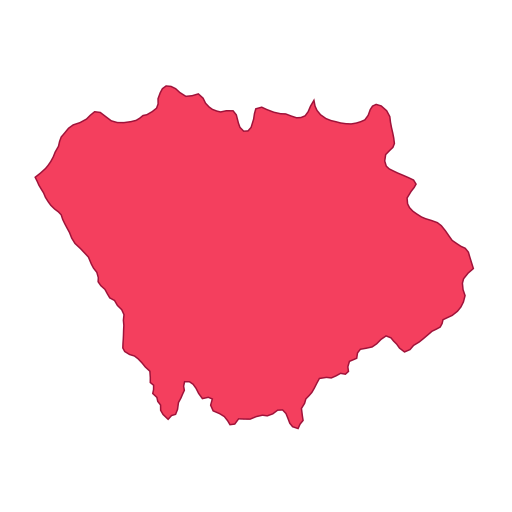 Miravânia, Minas Gerais, Brazil (Mercator projection), rotated 87°
{"feature_id": "56859067B46830192299051", "entity_name": "Miravânia", "entity_type": "district", "adm_level": 2, "iso_a3": "BRA", "parent_name": "Brazil", "parent_adm1": "Minas Gerais", "projection": "mercator", "projection_center": [-44.42, -14.75], "detail": "fine", "context": "isolated", "style": "filled", "palette": "rose", "viewbox_px": 512, "rotation_deg": 87, "n_neighbors": 0, "source": "geoboundaries", "source_scale": "gbopen_adm2", "svg_char_len": 3430}
<svg xmlns="http://www.w3.org/2000/svg" viewBox="0 0 512 512"><g transform="rotate(87 256 256)"><path d="M165.8,472.4L170.2,470.5L173.9,469.1L177.9,467.0L181.9,464.8L186.4,463.2L191.2,460.5L194.7,458.2L198.5,454.7L201.6,451.0L204.6,448.4L209.4,447.1L213.7,445.3L217.8,443.4L222.8,441.0L228.5,439.1L234.0,436.1L239.3,431.0L243.3,427.6L248.3,423.4L255.3,420.9L259.6,418.9L264.0,415.8L269.3,414.6L273.5,415.0L277.5,412.5L281.4,408.6L286.0,406.4L290.2,404.2L293.0,399.6L298.1,397.0L302.6,392.9L307.7,390.9L313.3,391.8L318.5,391.6L323.2,392.1L328.2,392.5L332.2,392.9L336.3,393.4L340.9,393.8L344.5,392.1L347.7,387.5L349.5,382.6L352.5,379.1L356.7,375.5L361.1,372.3L365.5,368.0L371.8,367.9L376.8,368.2L379.7,365.0L384.1,365.3L387.9,366.3L392.0,362.4L396.1,361.7L399.8,359.1L405.1,359.3L409.4,357.1L414.5,352.3L410.9,348.7L409.9,344.6L405.1,342.4L398.3,341.1L393.7,338.3L390.2,336.6L386.4,334.6L382.2,335.1L377.8,333.9L378.1,329.0L380.8,325.5L385.0,322.8L390.2,320.5L395.6,317.0L394.6,311.0L396.5,307.1L402.6,309.1L408.4,306.9L411.5,300.6L414.7,296.0L419.1,292.9L423.1,290.8L422.7,286.0L417.7,281.9L418.2,276.6L418.6,270.4L416.4,264.2L415.3,257.9L416.2,253.1L414.5,247.5L411.1,242.5L411.1,237.5L414.9,234.3L419.8,232.6L424.8,231.0L428.4,228.4L430.5,223.0L426.2,220.8L422.7,217.6L417.7,218.1L410.6,218.6L405.7,215.2L401.3,213.7L398.4,210.5L395.2,207.4L391.2,204.8L386.0,201.8L381.6,199.1L380.9,192.0L381.7,187.2L379.9,182.4L377.6,177.7L378.7,172.9L376.1,169.7L371.5,170.1L366.1,168.2L363.4,160.8L358.1,159.7L354.6,156.7L353.9,151.0L352.9,144.8L350.0,140.1L345.8,135.5L342.6,130.3L344.8,125.5L348.1,123.1L351.4,120.1L355.5,117.5L359.6,112.7L357.5,107.1L353.5,103.3L350.4,97.5L347.3,93.2L343.7,88.5L340.3,84.1L338.5,79.8L336.6,75.8L333.2,73.7L329.4,72.6L327.8,68.7L325.6,63.2L321.7,57.7L317.7,54.1L312.8,51.3L306.5,49.3L300.5,51.0L294.0,51.3L289.6,49.9L284.2,45.1L279.9,39.6L272.4,41.5L268.1,42.6L263.3,43.7L259.2,46.7L257.1,50.8L254.4,54.5L250.7,59.3L246.0,62.3L240.8,65.5L235.5,69.3L232.2,73.1L229.7,79.0L227.6,84.8L225.7,88.7L222.2,93.6L219.4,97.1L215.7,100.2L211.8,101.9L206.0,102.1L199.7,97.8L195.9,94.5L192.6,92.4L188.4,94.7L185.7,99.7L183.2,104.7L180.4,110.5L178.1,114.7L176.0,118.4L173.1,121.2L167.9,122.5L161.5,121.2L157.6,117.0L154.7,113.6L150.9,111.9L145.3,112.3L140.4,113.0L134.7,114.0L129.5,114.7L123.8,115.1L117.8,117.9L112.7,123.1L110.9,128.1L112.4,131.8L115.7,134.2L121.4,136.6L125.8,140.2L127.4,144.5L128.5,148.9L129.1,154.1L128.6,159.3L127.6,164.5L126.0,169.5L124.7,174.0L122.4,179.0L118.3,184.2L113.8,187.5L109.4,189.2L103.6,190.0L109.2,193.7L114.7,196.4L118.6,199.6L120.1,203.9L120.1,208.3L118.0,213.7L115.7,218.9L115.2,224.1L113.4,230.6L110.3,237.6L107.7,242.5L109.0,248.5L113.8,250.1L119.2,251.2L123.6,252.8L127.4,254.2L130.7,257.5L130.7,261.8L126.7,265.3L122.4,266.6L118.4,267.4L114.0,268.3L109.8,271.3L109.4,278.1L110.3,283.8L109.2,287.6L107.3,291.9L104.8,295.0L100.8,298.4L95.6,300.6L91.1,305.1L92.6,311.4L92.9,317.7L88.7,323.6L84.7,327.5L82.2,332.0L81.5,336.9L84.0,340.7L88.0,343.1L93.8,345.6L99.1,345.8L103.2,347.6L106.4,352.1L109.2,357.6L109.8,361.5L112.3,364.9L114.3,368.6L115.3,373.9L115.9,381.0L115.5,387.5L113.4,393.5L108.6,399.2L104.5,404.0L103.5,409.6L106.7,414.0L110.4,418.1L113.6,424.8L115.5,431.7L118.6,436.5L123.1,440.6L127.0,444.3L131.2,446.1L136.1,447.5L141.7,451.1L146.5,453.3L150.9,456.0L154.8,459.0L157.6,461.6L162.0,467.0L165.8,472.4Z" fill="#f43f5e" stroke="#9f1239" stroke-width="1.5"/></g></svg>